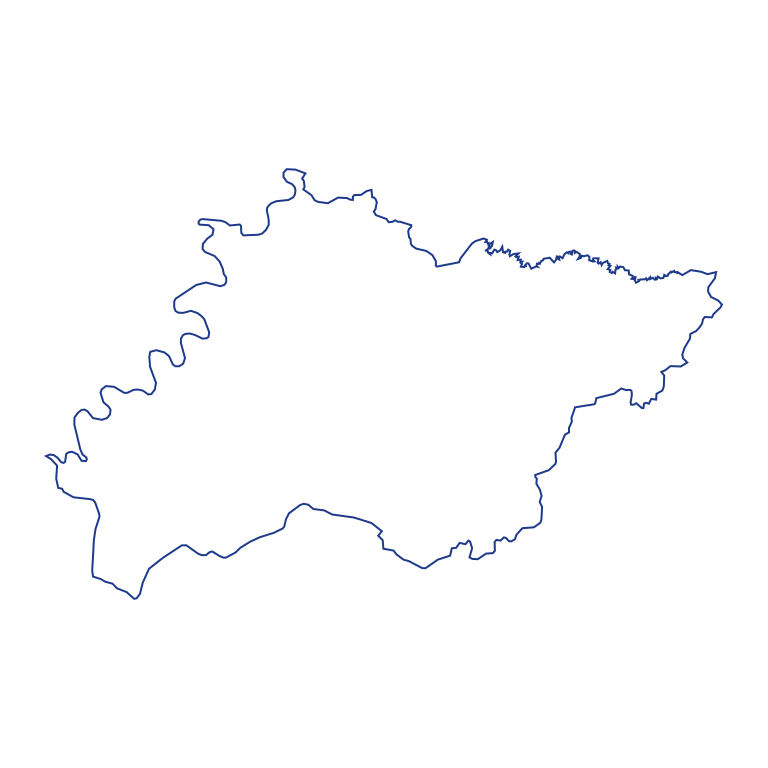 outline of Doi Luang, Chiang Rai, Thailand
{"feature_id": "78962969B15237736289159", "entity_name": "Doi Luang", "entity_type": "district", "adm_level": 2, "iso_a3": "THA", "parent_name": "Thailand", "parent_adm1": "Chiang Rai", "projection": "mercator", "projection_center": [100.215, 20.141], "detail": "fine", "context": "isolated", "style": "outline", "palette": "blue", "viewbox_px": 768, "rotation_deg": 0, "n_neighbors": 0, "source": "geoboundaries", "source_scale": "gbopen_adm2", "svg_char_len": 6087}
<svg xmlns="http://www.w3.org/2000/svg" viewBox="0 0 768 768"><path d="M716.1,272.1L707.6,274.2L701.2,271.8L690.9,270.1L682.3,275.1L678.9,272.9L677.4,273.1L677.5,272.1L674.5,272.2L674.1,270.9L671.4,272.5L670.8,271.7L667.7,274.8L667.8,275.7L665.6,276.1L664.3,274.9L663.4,277.9L660.5,278.4L657.8,276.5L657.1,278.6L655.9,277.9L656.1,279.5L654.8,279.7L652.8,277.8L650.3,279.1L650.2,277.2L647.0,280.2L646.0,278.3L644.9,279.3L640.1,279.5L639.5,280.5L638.5,280.1L638.8,281.2L636.0,282.7L634.7,280.1L635.6,277.2L634.9,277.0L634.0,279.0L630.6,278.9L632.8,278.4L632.7,275.9L629.0,274.3L628.7,270.5L624.9,270.2L623.3,267.1L619.8,266.6L618.8,268.1L617.7,266.7L617.8,268.1L616.1,267.6L616.5,269.2L615.5,269.6L615.1,273.3L612.7,271.8L611.9,273.0L609.7,271.9L610.4,270.0L607.7,269.2L610.4,265.8L608.6,265.3L609.5,264.0L608.0,263.3L607.2,260.9L602.8,263.0L601.6,265.0L600.6,262.2L598.7,263.6L597.6,262.7L598.6,258.3L593.4,258.3L592.6,259.8L594.4,261.4L593.4,261.6L589.2,260.3L589.4,256.8L587.6,255.3L584.1,256.2L581.4,255.8L580.9,257.9L578.0,259.0L579.9,256.1L579.8,254.0L576.4,251.9L574.8,252.9L574.8,250.8L573.4,250.4L572.4,250.9L571.8,254.5L570.9,254.1L571.0,252.5L570.0,251.6L568.7,252.0L568.5,253.3L566.8,252.3L564.4,254.3L562.5,258.2L559.8,256.5L558.9,258.0L559.3,259.6L558.4,259.2L557.8,256.6L556.8,256.4L556.0,259.8L554.0,262.4L549.7,257.7L543.6,258.8L543.0,260.3L541.1,261.1L539.9,263.8L538.9,263.0L538.3,263.9L537.0,263.6L536.6,265.7L537.5,266.7L536.2,266.4L531.3,268.7L528.5,263.5L526.9,263.3L525.6,264.8L525.9,265.9L524.7,265.8L524.4,267.1L520.9,266.7L522.0,263.9L521.2,263.2L522.2,261.8L520.4,262.1L520.9,259.7L517.7,260.1L518.8,256.7L516.3,257.2L515.4,256.4L518.5,253.4L513.4,254.1L509.9,256.2L509.4,254.2L510.2,250.9L508.1,249.7L507.2,251.5L505.1,251.9L505.0,252.8L503.0,252.3L502.3,246.7L500.2,250.4L497.2,252.1L496.2,250.3L494.3,249.6L492.2,253.3L490.0,252.9L490.3,254.4L488.0,252.7L487.6,250.5L485.0,250.7L487.3,249.7L489.3,246.7L489.7,248.5L490.4,248.3L491.1,246.3L492.0,245.9L492.8,242.0L488.6,244.8L488.6,243.1L487.7,243.4L487.1,241.6L485.5,241.9L486.8,239.7L483.6,238.5L475.5,241.1L471.9,243.6L460.6,258.2L459.0,262.3L436.8,266.6L435.8,265.6L435.9,261.2L432.4,255.1L426.2,250.9L416.2,248.6L412.0,245.7L410.9,243.8L410.5,239.0L409.1,237.3L408.2,231.5L408.9,229.1L411.2,226.9L411.3,225.2L400.0,221.7L398.2,221.9L395.1,220.3L392.6,221.8L388.7,222.2L386.5,219.0L376.0,215.2L373.8,211.7L375.5,209.2L376.8,202.2L375.6,199.2L373.7,197.3L372.2,197.3L371.5,189.9L366.8,191.0L360.9,194.9L354.2,195.1L352.9,196.7L352.9,199.9L350.3,199.7L347.1,198.1L338.1,197.6L327.9,203.2L318.1,201.9L314.5,200.1L311.5,195.2L303.3,189.4L304.6,186.9L303.8,180.8L302.1,178.7L305.4,173.4L295.4,169.6L286.6,169.2L283.5,172.8L283.5,177.0L286.9,181.8L292.0,184.1L294.6,187.0L295.5,190.2L294.9,194.5L293.0,197.5L288.3,200.0L276.5,201.2L271.4,203.2L268.6,205.7L267.2,207.7L266.8,210.5L268.7,219.4L268.7,224.9L266.0,229.9L262.2,233.5L258.7,234.7L243.3,235.4L241.3,232.8L241.0,225.9L239.7,224.5L230.0,225.5L225.6,222.3L221.6,220.8L202.7,219.1L200.4,219.6L198.6,221.6L198.6,223.7L199.6,224.6L208.7,225.2L213.5,229.2L212.5,234.8L207.3,238.6L202.9,243.9L202.6,249.0L205.1,252.0L214.6,256.0L219.6,261.5L222.8,268.8L223.8,274.1L226.2,277.4L226.2,282.2L224.4,284.8L220.4,286.2L206.0,282.5L196.2,285.0L175.6,298.7L174.2,301.5L174.2,307.2L175.4,310.8L178.0,312.6L183.1,312.9L191.0,310.8L197.7,313.2L201.6,316.2L204.3,319.2L209.2,332.3L208.5,336.9L206.5,338.3L202.5,338.6L194.6,334.8L189.5,333.5L185.3,333.9L182.9,335.3L180.9,338.7L180.9,342.9L185.0,358.1L183.2,363.6L179.4,366.2L175.5,366.3L173.0,364.7L169.0,356.1L164.4,352.4L156.3,350.2L150.3,351.8L149.3,357.0L150.1,366.9L156.0,382.9L154.8,389.6L151.4,394.0L148.4,394.5L142.8,390.6L137.6,389.5L133.5,389.9L127.4,392.8L124.3,392.9L114.0,386.8L105.9,386.1L101.7,389.4L100.5,392.8L103.5,402.3L108.8,406.9L110.5,409.7L110.0,414.4L107.2,418.0L101.9,419.8L93.0,418.1L87.5,411.2L84.6,409.6L81.6,409.9L78.0,412.7L74.5,417.5L74.3,424.4L80.3,449.4L82.5,454.5L86.3,457.4L86.8,459.4L85.9,461.2L81.5,460.7L77.6,454.4L72.2,451.8L69.3,452.1L66.3,453.7L65.1,461.8L63.6,462.9L61.2,462.2L57.4,457.6L53.5,455.0L49.7,454.6L46.1,456.1L51.1,459.2L57.1,465.6L56.2,478.5L58.2,487.9L62.1,488.7L63.8,491.9L73.5,497.3L89.8,499.1L93.0,499.9L95.1,502.3L99.1,513.6L99.5,516.8L95.5,529.0L93.9,540.0L92.2,571.0L93.1,576.6L100.9,579.1L105.2,581.7L112.6,583.7L116.9,588.3L126.6,592.1L134.1,598.8L136.6,598.3L140.0,593.9L142.7,582.8L149.0,568.8L162.8,557.9L181.9,545.3L186.4,545.3L197.8,553.5L201.6,555.1L206.0,555.1L209.7,552.1L212.2,551.5L219.9,556.2L223.6,557.7L226.0,557.6L235.5,552.5L240.5,547.7L250.3,541.6L259.9,537.2L273.9,532.8L282.7,528.5L284.3,526.4L286.0,519.2L289.0,513.3L300.2,505.0L303.6,503.8L308.3,504.7L313.3,509.0L324.2,510.4L332.2,514.5L353.9,517.5L371.4,523.0L381.9,531.2L378.2,535.7L382.7,540.2L383.4,548.7L393.6,550.6L396.4,554.3L403.4,559.6L408.8,561.1L422.2,568.1L425.5,568.2L437.9,559.6L450.1,555.7L451.8,548.3L456.2,547.8L459.6,542.9L465.5,544.2L468.4,540.6L470.1,541.6L472.1,548.3L469.5,557.4L472.4,558.9L477.8,559.2L486.1,553.6L492.9,553.1L494.9,550.7L494.6,542.2L496.4,539.9L500.5,540.6L503.9,537.4L506.1,538.0L508.9,541.2L511.5,541.3L515.0,539.2L516.4,534.8L522.4,528.2L533.9,527.3L540.3,522.8L541.4,519.6L542.1,506.8L539.7,502.1L541.6,495.9L539.9,489.6L536.4,483.9L536.8,478.7L535.3,476.8L535.2,475.0L548.9,470.1L555.3,464.0L556.0,461.9L555.5,452.6L559.5,447.8L565.0,434.6L569.0,432.4L569.0,427.9L571.9,421.5L571.4,418.1L575.1,407.3L594.0,404.3L595.1,403.6L596.4,398.1L614.0,393.8L621.3,388.5L625.9,390.0L630.3,389.9L631.5,391.0L631.9,394.7L630.6,402.4L631.1,404.7L633.7,404.7L636.3,403.2L641.8,408.0L643.4,408.1L644.1,403.5L646.0,402.8L648.8,403.7L651.3,398.9L656.1,399.6L656.5,393.8L662.4,390.5L663.8,386.5L664.2,375.5L661.3,371.9L665.1,370.3L670.5,366.1L680.8,366.5L687.3,362.5L683.1,358.4L682.3,354.7L684.5,347.8L689.9,338.8L690.4,333.9L695.9,331.2L698.6,328.5L702.0,323.8L703.0,319.3L704.8,317.0L711.9,317.4L713.5,314.1L720.5,307.4L721.9,304.6L718.3,300.6L711.1,297.0L708.1,291.7L708.3,287.3L714.8,278.4L716.1,272.1Z" fill="none" stroke="#1e3a8a" stroke-width="2"/></svg>